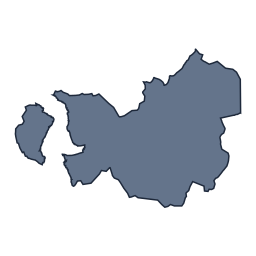 the district of Stordal nor, Møre og Romsdal, Norway
{"feature_id": "86288312B96680032749803", "entity_name": "Stordal nor", "entity_type": "district", "adm_level": 2, "iso_a3": "NOR", "parent_name": "Norway", "parent_adm1": "Møre og Romsdal", "projection": "mercator", "projection_center": [7.073, 62.402], "detail": "fine", "context": "isolated", "style": "filled", "palette": "slate", "viewbox_px": 256, "rotation_deg": 0, "n_neighbors": 0, "source": "geoboundaries", "source_scale": "gbopen_adm2", "svg_char_len": 5680}
<svg xmlns="http://www.w3.org/2000/svg" viewBox="0 0 256 256"><path d="M240.6,113.0L240.3,79.3L236.5,72.2L232.8,69.3L225.5,68.2L217.2,61.4L212.8,63.1L209.2,64.2L204.8,61.7L203.7,61.3L201.1,59.3L202.6,55.1L202.7,54.8L199.5,53.8L195.3,48.8L195.5,49.7L195.4,51.0L194.8,52.0L192.7,54.1L191.1,55.4L190.3,55.7L189.9,56.1L188.3,59.8L186.8,60.8L185.9,62.3L185.3,62.9L184.8,64.0L184.0,64.8L183.7,65.3L183.3,66.2L182.1,68.5L178.1,71.8L176.9,72.6L174.9,74.8L174.0,75.5L173.4,75.8L171.7,76.0L170.2,75.7L169.6,76.1L169.5,76.5L169.4,78.7L168.9,79.8L168.7,80.6L168.3,81.4L168.3,82.0L167.3,83.5L166.2,84.6L164.2,85.3L164.0,85.2L163.9,84.9L163.9,84.0L162.8,82.1L160.7,80.3L159.2,79.4L156.5,78.5L155.3,78.2L154.6,77.7L154.1,77.6L153.9,77.6L153.7,77.9L153.6,78.5L152.4,80.7L151.1,82.1L150.4,82.6L149.8,82.7L149.0,82.6L146.4,81.8L145.4,82.2L143.5,81.9L145.2,85.3L145.3,88.9L142.8,91.9L142.7,92.3L142.8,92.8L143.1,93.4L144.8,96.1L144.6,98.2L144.3,101.1L139.7,103.7L139.0,107.2L138.5,108.8L137.2,110.2L132.0,110.6L124.5,115.7L121.6,116.6L119.6,116.9L118.8,116.3L113.6,107.4L108.9,103.6L98.9,94.0L95.7,95.5L93.0,95.8L91.8,93.6L88.6,94.3L84.0,94.5L82.2,93.5L79.4,95.0L75.4,95.4L69.4,95.6L67.8,94.0L63.2,92.3L61.0,90.5L59.6,91.2L57.1,91.8L56.9,91.5L55.4,91.1L53.6,94.9L52.9,95.0L54.1,95.6L54.6,95.5L54.6,96.0L55.6,96.2L55.8,96.7L56.3,97.4L56.4,97.9L56.9,98.0L57.3,98.6L57.8,99.1L57.7,99.8L58.2,99.8L58.2,100.3L58.7,100.4L59.5,100.8L61.7,101.4L61.7,101.9L62.9,102.1L62.9,102.6L63.7,102.7L64.2,103.4L64.9,103.6L65.3,104.0L65.8,105.2L65.9,107.1L66.1,107.4L66.3,108.1L67.0,108.1L66.9,108.6L66.9,109.6L67.6,109.8L67.6,110.3L68.1,110.3L68.2,110.7L68.2,111.5L68.1,112.0L68.6,111.9L68.6,112.2L68.1,112.2L67.9,113.0L67.4,113.0L67.3,113.5L67.3,113.9L67.6,114.7L68.1,115.4L68.1,116.6L68.4,116.9L68.4,117.3L68.2,117.8L68.2,118.1L68.5,119.8L68.9,120.8L68.4,120.8L68.5,121.0L68.5,121.5L68.4,124.2L68.2,124.5L67.7,125.7L67.0,126.7L67.1,128.9L67.6,130.1L67.8,130.3L68.0,130.8L68.7,130.8L68.7,131.3L69.2,131.3L69.4,131.8L69.8,132.5L69.8,133.0L70.1,133.8L70.1,135.0L70.4,135.2L70.4,135.7L70.7,136.7L71.7,139.6L72.5,141.3L72.5,141.8L72.8,142.5L73.6,143.2L73.7,143.7L74.4,143.7L74.5,144.1L74.9,144.1L75.0,144.6L75.7,144.7L76.9,145.4L77.7,145.5L77.7,146.0L80.9,145.8L84.7,145.0L84.7,146.0L84.7,147.2L84.8,147.5L84.3,147.5L84.1,148.7L83.6,148.7L83.9,149.5L82.7,150.0L82.8,150.5L82.9,151.7L83.0,152.2L81.1,152.9L80.6,152.9L80.4,153.1L79.6,153.2L77.0,154.2L76.2,154.2L76.0,154.5L71.9,155.4L67.0,155.5L65.8,154.8L64.3,154.4L63.1,154.4L62.8,154.2L62.3,154.3L62.5,154.8L62.7,155.0L62.8,155.5L64.1,155.7L64.0,156.0L64.2,156.5L64.2,156.9L64.5,157.2L64.5,157.9L64.8,158.4L65.3,160.1L65.3,160.3L65.1,160.8L64.7,161.3L65.9,160.9L66.4,160.5L66.3,161.3L66.2,161.5L64.5,162.3L64.6,163.0L64.1,163.1L64.2,164.8L64.9,165.4L65.6,165.5L65.5,165.9L65.3,166.2L65.3,166.4L65.8,166.9L65.9,167.6L66.7,167.7L67.0,168.1L67.0,168.6L67.3,168.8L67.3,169.3L67.9,169.5L67.8,169.8L67.8,170.3L68.1,170.5L68.1,171.5L68.6,172.7L68.7,173.2L69.4,173.9L69.4,174.6L69.7,174.9L70.2,175.8L70.5,176.8L71.0,177.3L71.0,178.0L71.3,179.0L71.7,179.4L71.2,179.5L71.3,179.7L71.3,180.2L71.1,181.9L71.4,182.1L71.4,182.6L71.9,183.8L71.9,184.3L72.2,185.3L73.4,186.2L74.5,185.7L75.8,183.9L77.4,181.1L80.7,180.7L83.0,184.4L91.0,183.2L99.5,173.9L101.4,170.5L106.2,171.3L109.6,167.7L110.1,167.7L112.3,174.7L112.4,175.4L113.1,176.4L114.1,177.8L114.7,178.2L118.4,179.7L120.5,182.7L123.9,188.3L127.6,193.2L129.4,197.3L131.2,197.0L135.1,195.6L138.0,197.7L157.7,200.1L161.9,204.6L164.8,207.2L167.9,206.4L170.5,204.5L174.3,205.9L181.8,205.9L183.7,203.2L185.4,197.6L186.4,196.5L186.0,193.3L186.3,192.7L188.7,190.6L190.0,186.6L192.7,181.6L204.0,186.1L204.5,191.0L208.0,191.4L209.1,189.3L211.6,189.5L213.7,188.4L215.0,184.0L213.9,180.7L215.6,178.3L217.0,177.8L218.3,176.8L221.4,172.9L223.0,170.7L223.8,169.9L226.9,166.0L227.9,162.9L228.3,161.4L228.5,160.3L228.9,156.0L228.1,153.1L221.8,149.2L220.5,144.0L220.7,142.9L220.7,141.9L220.3,139.3L219.9,137.8L220.0,137.2L220.3,136.3L221.2,134.9L221.9,134.2L223.7,133.0L224.9,129.4L225.0,128.4L223.5,125.5L223.2,124.8L222.0,122.1L221.6,120.6L220.5,118.1L233.2,115.3L234.5,115.2L235.9,114.5L237.4,114.4L240.4,112.9L240.6,113.0ZM42.2,164.7L42.6,163.0L42.8,162.6L43.2,162.8L43.7,162.7L43.8,162.2L44.3,161.7L44.5,160.2L44.4,160.3L44.4,158.7L45.1,158.2L45.0,157.2L44.2,157.0L44.2,156.5L43.5,156.4L42.5,155.9L41.8,153.7L41.8,153.2L41.5,153.0L41.3,152.2L41.0,152.0L40.6,150.8L39.4,150.8L39.8,150.3L40.1,149.1L40.6,149.1L40.6,146.9L40.9,145.6L41.4,145.6L41.5,144.9L42.2,142.9L42.4,142.7L42.8,141.9L42.3,141.9L42.5,140.2L43.0,140.2L43.1,139.5L43.3,139.0L44.2,137.9L44.6,137.0L45.1,136.9L45.2,136.2L45.4,135.9L46.1,134.2L46.3,133.5L46.4,132.7L46.9,132.7L47.4,130.7L48.1,130.0L48.4,129.5L48.6,128.5L48.6,128.0L48.7,127.5L49.2,127.5L48.9,126.8L49.6,126.8L49.6,126.3L50.3,126.2L50.4,125.7L50.6,125.6L51.3,125.5L51.3,125.0L51.9,124.7L52.3,123.7L52.8,122.2L52.6,121.5L53.4,121.5L53.9,119.5L53.9,119.0L53.4,118.3L53.2,117.8L52.8,117.8L52.7,117.4L51.5,117.4L51.5,116.7L51.0,116.7L51.0,116.2L49.0,115.6L48.5,115.2L47.5,114.8L47.3,114.1L46.8,114.1L46.7,113.6L45.5,113.3L44.3,112.4L42.5,112.0L42.3,110.8L43.3,110.3L43.3,108.8L43.4,108.6L42.7,108.4L42.9,107.9L42.2,107.9L42.1,107.4L41.2,107.2L40.9,106.0L39.3,105.3L39.0,104.7L38.2,104.6L35.8,103.4L35.9,104.0L36.7,105.4L36.4,105.6L34.3,105.2L31.3,105.2L30.1,105.0L28.6,105.4L25.3,107.0L26.4,110.2L22.2,116.5L24.1,121.3L22.4,124.2L18.7,125.2L15.7,128.9L15.6,131.9L15.4,133.9L15.8,136.6L16.8,141.1L17.1,142.8L18.5,143.4L19.9,148.0L22.4,152.6L23.7,152.0L25.4,156.2L26.8,156.2L27.6,157.6L28.4,158.3L29.2,158.3L31.1,159.1L35.3,160.1L37.5,161.7L39.0,163.2L42.2,164.7Z" fill="#64748b" stroke="#1e293b" stroke-width="1.5"/></svg>